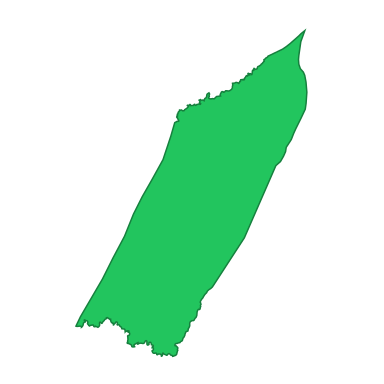 Feuang, Vientiane, Laos, rotated 2°
{"feature_id": "54806243B7670424419028", "entity_name": "Feuang", "entity_type": "district", "adm_level": 2, "iso_a3": "LAO", "parent_name": "Laos", "parent_adm1": "Vientiane", "projection": "albers", "projection_center": [102.059, 18.657], "detail": "fine", "context": "isolated", "style": "filled", "palette": "green", "viewbox_px": 384, "rotation_deg": 2, "n_neighbors": 0, "source": "geoboundaries", "source_scale": "gbopen_adm2", "svg_char_len": 5948}
<svg xmlns="http://www.w3.org/2000/svg" viewBox="0 0 384 384"><g transform="rotate(2 192 192)"><path d="M178.4,356.9L179.6,356.6L180.6,355.9L181.3,355.9L182.2,354.9L182.5,354.2L182.5,353.1L182.9,352.3L182.9,351.4L183.3,350.9L183.3,350.5L182.9,349.9L182.9,349.6L183.3,348.6L183.3,348.3L182.7,347.4L182.1,347.1L181.5,346.3L180.4,346.2L180.2,345.6L180.4,344.8L181.2,344.0L182.3,343.9L183.9,343.2L185.1,343.0L186.0,341.8L187.0,341.4L187.6,340.6L188.1,338.5L189.0,337.4L189.8,335.6L189.9,334.6L190.7,332.2L191.3,331.6L192.5,331.2L192.8,331.0L193.1,328.7L193.7,327.8L194.4,325.9L194.3,323.0L194.6,322.1L194.9,321.7L196.5,320.5L197.5,320.6L198.4,320.2L199.5,318.1L200.4,317.2L201.1,315.3L201.3,311.4L202.1,309.5L202.6,309.0L203.5,309.2L203.9,309.0L204.2,308.2L204.4,306.8L204.7,306.1L204.4,305.4L204.4,304.8L204.9,304.0L204.4,302.3L204.0,301.8L204.5,300.4L205.5,298.7L206.5,297.5L207.1,296.2L208.4,294.0L210.2,292.0L210.7,290.7L211.1,290.2L212.3,289.0L214.0,287.9L215.7,286.2L245.9,236.0L274.9,162.7L279.4,158.4L282.2,153.1L284.1,148.4L284.6,144.1L289.4,136.1L291.6,129.8L293.5,125.2L298.4,114.4L302.3,105.3L302.9,99.6L303.3,88.3L302.1,78.2L300.6,71.5L299.1,68.3L296.0,65.0L294.3,60.6L293.8,55.9L294.0,52.0L295.5,38.0L299.1,26.8L295.4,30.0L293.3,32.3L284.5,40.6L280.9,43.6L277.5,46.1L263.2,53.6L262.9,54.3L262.0,55.1L261.0,55.6L260.2,56.7L259.3,57.2L259.2,57.6L259.6,58.4L259.6,58.9L259.0,59.3L258.4,60.2L258.0,60.5L257.8,61.1L256.7,61.8L256.4,62.5L255.5,63.3L255.3,63.3L254.7,63.9L253.9,64.1L253.3,64.6L253.1,65.0L252.8,66.5L251.9,67.0L250.8,67.1L250.5,67.0L250.1,66.4L249.7,66.3L249.6,66.5L248.9,67.8L249.4,68.2L249.2,68.4L248.3,68.5L248.1,68.9L248.0,71.8L247.6,72.6L247.3,72.6L246.5,71.7L245.0,71.8L244.9,72.2L245.3,73.0L244.8,73.0L244.5,72.8L244.5,71.6L244.2,71.4L243.8,71.6L243.9,72.2L243.8,73.7L243.5,74.1L243.0,74.1L242.6,73.8L242.2,74.0L241.6,74.9L241.3,75.8L240.6,76.3L240.4,76.8L240.5,77.7L240.3,78.0L239.2,78.2L239.2,77.7L236.8,78.1L236.6,78.6L236.6,79.7L236.4,79.9L236.1,79.7L235.9,79.8L235.4,81.2L235.0,81.9L234.5,81.8L234.1,81.2L232.2,80.9L230.7,81.7L228.7,81.9L228.7,82.4L229.1,83.6L228.7,84.8L228.7,86.4L228.1,87.9L226.5,89.2L225.7,89.6L224.9,89.8L223.0,89.6L222.0,89.7L221.0,90.9L220.3,91.2L220.0,91.2L219.6,90.7L218.6,90.6L217.9,91.1L216.8,93.5L216.8,94.3L217.2,95.0L215.8,95.3L213.2,95.7L210.9,98.1L210.5,98.1L209.4,97.9L208.3,98.2L207.1,98.3L206.0,98.0L205.3,97.6L205.3,97.0L205.8,96.4L206.0,95.9L205.7,95.1L206.1,93.8L206.1,93.3L205.5,92.3L203.9,93.4L203.5,94.2L203.3,94.8L203.4,95.6L203.3,95.9L202.7,97.4L201.7,98.0L201.2,98.9L200.9,100.4L199.7,99.7L199.0,99.9L197.8,99.9L197.5,99.8L197.2,99.4L196.8,99.7L196.0,99.8L195.9,100.2L196.6,100.8L196.9,101.6L196.4,102.2L196.4,102.6L197.6,103.5L197.3,104.1L196.8,104.1L196.1,103.9L195.4,103.9L194.6,104.3L193.9,104.3L193.1,105.1L192.6,105.3L192.1,105.1L191.7,104.3L191.3,104.3L190.2,105.5L188.9,105.5L187.8,105.8L187.5,105.5L187.2,104.7L186.9,104.6L186.1,105.5L184.6,105.4L184.4,105.5L184.3,105.8L185.5,106.3L185.4,106.8L184.6,107.8L183.8,108.6L181.8,110.0L181.2,111.0L179.9,111.2L178.6,110.4L177.7,110.7L176.9,110.4L176.6,110.6L176.6,111.6L176.2,112.0L175.6,112.5L175.3,113.3L175.3,114.3L174.7,114.6L174.6,114.8L174.7,115.5L174.5,115.8L174.3,117.1L174.1,117.4L174.1,117.7L174.4,117.8L174.7,117.5L174.6,118.4L175.1,118.9L175.4,119.7L176.0,120.5L176.3,121.5L176.1,121.8L175.3,121.8L174.2,122.1L173.6,122.7L173.0,122.8L172.3,123.4L168.9,136.9L161.9,160.7L151.6,181.0L142.4,198.5L134.3,216.1L126.1,238.6L115.3,260.8L105.5,282.2L84.9,320.5L80.7,330.1L81.3,330.3L82.5,330.3L84.9,329.9L85.8,330.1L86.2,330.6L86.2,331.1L86.5,330.9L87.1,330.2L87.7,329.1L88.2,326.6L88.8,326.0L89.9,325.6L89.9,325.1L88.8,324.1L88.8,323.7L89.2,323.5L90.1,324.1L91.6,324.4L92.1,324.9L92.5,325.8L92.2,326.7L92.2,327.4L93.0,328.2L93.4,328.9L94.2,329.5L95.5,328.7L96.0,328.6L96.8,328.6L97.6,328.3L98.1,328.6L98.6,329.8L99.0,330.1L99.5,330.0L100.0,329.5L100.5,329.9L101.4,329.9L102.7,330.5L103.5,329.9L104.2,328.9L104.4,328.0L104.1,326.3L104.3,325.5L104.7,325.2L105.0,325.3L106.1,326.4L106.6,326.4L107.0,325.8L107.2,325.2L108.9,323.3L109.2,322.5L110.8,321.6L110.8,320.7L111.4,320.5L111.9,320.5L112.5,321.1L113.1,321.1L113.7,321.8L114.1,321.8L114.3,322.2L115.1,322.0L115.3,323.6L115.7,324.7L116.1,325.1L116.7,325.3L116.8,325.8L117.1,325.9L117.8,325.9L118.1,326.2L118.0,327.3L118.1,327.6L118.4,327.5L118.5,327.1L118.8,326.7L119.5,326.2L120.2,324.9L120.8,324.5L121.5,324.6L122.0,325.3L122.0,326.2L121.8,326.8L121.8,327.2L122.2,327.5L123.2,327.2L123.8,327.3L124.7,328.7L125.9,329.4L126.5,330.4L126.6,331.1L129.4,331.4L129.8,332.0L130.1,334.1L130.3,333.8L130.9,333.7L131.6,333.1L132.8,332.9L133.6,333.0L133.9,333.2L133.8,333.6L132.8,334.0L133.2,334.3L133.9,334.5L134.5,335.1L134.7,335.9L134.5,336.9L133.9,337.5L133.0,337.7L132.7,338.2L133.1,340.5L133.0,341.0L133.2,341.5L132.8,343.4L133.1,344.2L133.0,344.9L132.5,345.1L132.7,345.5L134.0,345.7L135.5,346.3L136.6,346.9L137.1,347.9L137.3,348.6L138.0,348.9L139.6,348.8L140.1,348.6L139.2,347.1L139.6,346.5L143.3,344.3L143.4,344.7L143.1,345.9L143.4,345.9L144.2,345.3L145.5,344.9L147.0,344.9L147.6,345.1L148.6,345.1L149.2,344.8L149.7,344.4L150.6,342.5L151.2,342.2L151.6,342.2L151.9,342.4L152.1,342.9L152.3,345.7L152.5,346.2L152.9,346.5L153.6,346.4L154.2,346.0L154.4,345.5L154.2,344.4L154.4,344.1L154.7,343.7L155.6,343.6L156.0,343.8L156.5,344.7L156.8,346.1L158.1,346.4L158.6,346.9L158.7,347.2L158.7,347.5L157.7,348.2L157.6,348.9L157.6,349.1L158.5,349.0L158.8,349.2L158.9,349.6L158.9,351.0L158.6,351.4L157.7,352.0L157.6,352.3L158.4,353.9L159.0,354.4L160.2,354.5L161.4,354.2L161.9,354.3L162.2,354.6L162.5,355.7L162.7,355.8L163.2,355.8L164.1,355.1L164.5,355.0L166.3,355.2L166.8,355.5L167.1,357.1L167.4,357.2L168.0,356.6L168.3,355.2L168.3,354.3L168.4,354.1L168.9,354.1L169.3,354.7L169.7,355.0L171.4,355.6L172.2,356.0L172.7,356.0L173.0,355.7L173.6,354.9L174.2,354.4L174.9,354.3L175.3,354.5L176.4,355.7L178.2,356.2L178.4,356.9Z" fill="#22c55e" stroke="#15803d" stroke-width="1.5"/></g></svg>